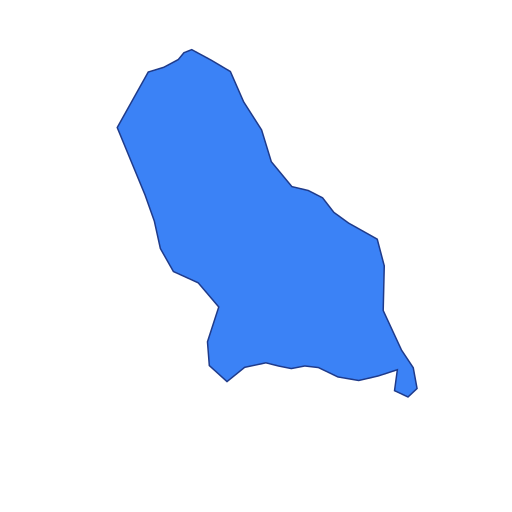 the border of Bahoruco, rotated 46°
{"feature_id": "DOM-1969", "entity_name": "Bahoruco", "entity_type": "Province", "adm_level": 1, "iso_a3": "DOM", "parent_name": "Dominican Republic", "parent_adm1": "", "projection": "albers", "projection_center": [-71.289, 18.493], "detail": "fine", "context": "isolated", "style": "filled", "palette": "blue", "viewbox_px": 512, "rotation_deg": 46, "n_neighbors": 0, "source": "natural_earth", "source_scale": "10m", "svg_char_len": 691}
<svg xmlns="http://www.w3.org/2000/svg" viewBox="0 0 512 512"><g transform="rotate(46 256 256)"><path d="M209.8,326.2L184.2,319.6L160.3,304.9L135.0,293.4L67.2,266.6L48.8,205.7L56.2,191.2L60.7,175.4L59.7,166.6L62.9,158.9L84.0,152.2L105.5,146.3L136.5,157.8L169.2,164.4L198.8,179.5L231.0,182.0L245.2,172.9L260.4,167.7L278.7,169.7L296.8,166.5L328.1,157.1L352.2,170.6L383.6,202.4L424.8,216.7L445.6,220.5L463.2,232.2L463.0,244.6L449.1,249.9L436.0,233.3L427.2,251.4L416.9,268.6L399.9,281.1L379.6,288.6L369.0,297.3L361.5,308.8L350.8,316.2L339.7,323.1L328.2,341.5L326.2,364.1L302.4,365.7L284.0,350.5L266.8,318.2L235.2,316.2L209.8,326.2Z" fill="#3b82f6" stroke="#1e3a8a" stroke-width="1.5"/></g></svg>